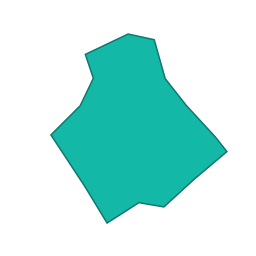 Kindu, Maniema, Democratic Republic of the Congo (orthographic projection), rotated 142°
{"feature_id": "63176286B62585085359897", "entity_name": "Kindu", "entity_type": "district", "adm_level": 2, "iso_a3": "COD", "parent_name": "Democratic Republic of the Congo", "parent_adm1": "Maniema", "projection": "orthographic", "projection_center": [25.912, -2.975], "detail": "fine", "context": "isolated", "style": "filled", "palette": "teal", "viewbox_px": 256, "rotation_deg": 142, "n_neighbors": 0, "source": "geoboundaries", "source_scale": "gbopen_adm2", "svg_char_len": 420}
<svg xmlns="http://www.w3.org/2000/svg" viewBox="0 0 256 256"><g transform="rotate(142 128 128)"><path d="M70.1,202.0L116.3,212.3L124.7,188.5L128.2,186.8L130.8,185.5L140.2,180.8L146.9,177.5L152.0,175.0L193.0,170.0L198.0,108.6L203.0,66.0L172.2,63.1L165.4,62.5L153.3,49.2L148.3,43.7L107.3,46.9L64.6,48.5L64.7,67.2L68.2,109.9L68.3,144.0L53.0,181.4L70.1,202.0Z" fill="#14b8a6" stroke="#0f766e" stroke-width="1.5"/></g></svg>